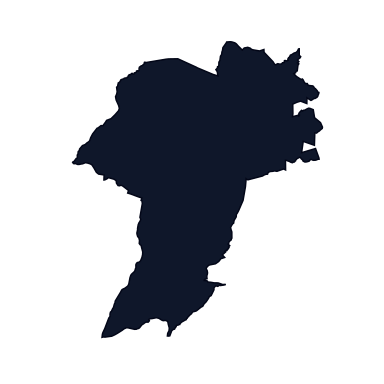 Tianguismanalco, Puebla, Mexico, rotated 277°
{"feature_id": "50627088B16397260024665", "entity_name": "Tianguismanalco", "entity_type": "district", "adm_level": 2, "iso_a3": "MEX", "parent_name": "Mexico", "parent_adm1": "Puebla", "projection": "albers", "projection_center": [-98.47, 19.0], "detail": "fine", "context": "isolated", "style": "filled", "palette": "ink", "viewbox_px": 384, "rotation_deg": 277, "n_neighbors": 0, "source": "geoboundaries", "source_scale": "gbopen_adm2", "svg_char_len": 6024}
<svg xmlns="http://www.w3.org/2000/svg" viewBox="0 0 384 384"><g transform="rotate(277 192 192)"><path d="M314.9,129.0L314.3,128.9L313.8,129.3L312.2,127.8L311.5,127.5L311.0,126.2L309.5,124.6L308.3,124.4L306.9,124.6L305.9,124.4L305.5,123.8L305.7,123.0L305.3,122.2L304.1,122.1L303.4,121.1L303.3,120.3L302.3,120.2L301.9,119.7L302.0,119.4L301.9,118.9L302.5,118.1L302.1,117.3L301.2,117.1L300.9,116.8L300.8,115.4L299.5,114.6L299.3,114.5L299.1,114.8L298.0,114.2L297.8,113.5L297.2,113.3L297.0,112.8L297.1,112.0L296.6,110.8L295.9,110.4L295.4,108.9L294.5,107.6L292.9,107.2L291.6,106.1L291.2,105.5L290.5,105.6L290.1,105.4L287.9,105.3L286.8,104.4L282.4,105.5L280.0,105.3L277.3,104.5L274.1,105.5L268.8,108.7L266.1,109.7L263.7,109.2L259.3,106.2L254.9,102.7L252.7,98.5L250.9,97.7L248.1,96.1L247.1,95.8L246.8,93.6L244.2,91.0L243.7,90.0L237.5,86.3L233.5,84.8L230.4,84.2L229.0,83.1L228.2,82.0L226.1,80.2L224.7,77.6L221.0,75.2L219.4,75.1L218.4,74.2L217.6,74.1L216.9,74.2L215.4,74.1L214.7,73.6L212.3,74.0L211.6,73.7L211.3,73.5L211.2,73.0L207.9,71.1L207.4,70.2L206.9,69.9L205.8,70.9L205.7,71.7L206.1,72.5L205.4,75.2L205.6,76.6L206.2,78.3L206.7,80.1L208.1,82.6L208.0,84.9L207.5,87.6L206.8,89.3L204.1,91.6L199.9,94.7L198.4,97.1L198.2,102.7L193.2,103.1L193.4,104.0L194.7,105.9L195.2,106.5L195.8,106.9L196.0,107.8L195.2,113.0L194.1,115.3L191.5,116.0L189.4,117.8L189.3,119.2L190.0,120.6L189.8,122.0L185.8,128.8L183.1,128.3L182.6,131.2L180.6,139.6L180.0,142.9L177.4,142.5L177.1,143.4L174.5,144.1L160.5,143.4L158.7,144.5L156.7,144.0L154.9,143.1L153.0,142.6L149.3,142.4L147.9,142.6L144.7,142.3L143.6,142.5L141.2,143.5L139.9,144.9L137.5,145.8L134.5,145.9L133.4,146.9L132.7,148.2L131.9,148.3L126.5,150.4L123.8,150.6L121.0,150.3L118.0,149.5L116.8,148.9L116.0,148.2L115.3,146.3L114.4,145.6L113.2,145.2L111.5,145.3L110.6,145.7L109.4,145.3L106.9,144.9L106.0,144.5L102.9,141.9L101.8,141.4L99.4,140.9L93.1,140.5L91.4,140.0L90.5,139.4L88.4,137.2L86.8,134.7L86.0,134.1L84.0,133.4L74.4,129.1L72.6,129.1L71.3,128.6L67.8,128.1L66.4,127.4L63.8,126.6L62.8,125.7L60.9,125.5L58.5,125.8L56.8,124.8L45.9,122.1L41.6,120.7L40.0,120.4L36.8,120.4L37.3,121.6L37.4,123.4L39.1,129.9L40.9,132.8L42.6,135.1L46.2,139.5L47.8,141.1L49.2,143.3L49.4,145.0L48.7,151.8L49.1,153.7L49.4,153.8L50.0,155.5L50.7,156.4L54.0,158.4L55.4,160.1L56.5,161.1L57.3,162.4L57.5,164.4L59.0,165.4L60.1,164.6L61.0,165.5L61.5,167.8L62.9,172.0L62.6,174.5L61.0,178.0L60.8,179.2L61.1,180.3L61.3,181.9L60.5,183.6L59.7,184.0L58.0,184.5L54.3,186.0L51.5,186.1L48.8,185.1L46.1,185.1L46.1,186.1L46.5,187.5L51.9,188.8L53.2,190.0L53.8,191.4L55.3,191.9L56.3,192.6L57.5,192.8L57.9,193.3L58.3,194.6L58.9,195.2L59.0,196.0L60.0,196.3L61.5,197.4L64.1,200.9L64.5,201.7L65.9,202.2L66.1,202.6L67.3,203.0L67.9,203.8L68.9,204.2L71.2,206.4L72.7,207.0L73.1,207.4L74.3,210.4L74.7,211.0L78.8,215.0L79.9,216.6L82.4,217.6L84.7,219.4L88.2,221.2L90.4,222.0L91.5,223.6L97.6,225.7L99.2,225.5L100.0,225.7L101.2,226.6L101.6,226.9L101.7,227.5L101.5,229.1L102.8,230.6L102.6,231.5L103.5,234.9L104.3,236.8L104.3,235.8L103.9,233.8L104.9,229.2L104.8,227.4L104.5,225.4L104.7,221.6L104.6,219.4L104.6,218.7L105.5,218.1L105.7,217.3L105.6,214.9L106.1,214.8L106.9,215.4L107.8,217.5L108.3,217.2L109.2,217.2L110.4,216.9L112.7,217.3L114.1,217.2L115.9,216.6L117.6,215.4L118.8,215.7L121.2,217.4L121.8,218.5L123.6,224.0L126.1,226.8L127.2,227.6L129.2,228.6L131.0,232.4L133.3,229.8L136.4,232.5L136.9,231.8L138.4,233.1L138.0,233.6L140.3,235.0L141.5,235.5L141.9,234.9L143.3,236.0L144.7,234.2L145.5,234.7L146.7,234.7L148.2,235.7L149.3,236.8L150.4,236.8L151.0,237.2L157.2,236.4L159.5,235.3L161.6,234.6L164.1,235.6L165.6,236.4L166.1,237.1L168.8,237.2L172.7,238.9L174.2,238.8L175.5,238.9L176.7,239.6L179.4,240.6L189.9,243.7L203.8,244.4L211.8,244.1L211.3,244.8L210.9,246.0L216.5,260.1L217.6,261.4L218.6,263.2L218.9,264.8L220.3,265.1L221.1,265.7L221.9,267.3L222.4,269.7L223.0,271.3L222.9,273.8L226.0,280.1L225.3,282.2L234.9,280.9L234.9,282.4L234.6,282.8L234.3,284.6L233.5,286.7L233.3,288.1L234.2,289.3L234.3,290.0L235.4,290.6L235.5,290.9L236.0,290.9L237.9,292.2L239.7,294.8L239.5,295.3L238.1,296.6L237.3,297.9L236.1,298.6L235.7,300.1L235.5,300.4L235.9,302.2L236.8,304.4L238.6,305.6L238.9,306.5L238.4,307.7L238.3,309.0L238.7,311.0L239.9,313.2L240.0,314.1L241.1,313.9L250.2,309.3L244.4,296.0L255.8,296.2L253.3,307.8L265.6,306.7L265.7,308.5L267.2,309.8L268.1,311.0L269.3,311.9L270.9,313.5L272.3,313.6L276.5,311.1L280.7,304.6L288.5,302.3L289.4,298.8L289.4,297.5L288.5,296.0L287.0,294.0L286.7,292.8L285.8,291.7L286.4,290.8L286.1,290.5L283.7,288.8L282.2,288.4L281.5,289.3L280.3,288.7L280.9,287.5L279.0,282.6L282.0,282.6L291.5,281.3L293.9,285.3L295.4,288.7L293.8,295.2L299.5,294.6L297.4,298.9L298.5,300.5L299.8,301.6L299.7,302.5L301.2,304.5L302.7,305.3L303.5,305.3L305.0,305.8L306.3,305.8L306.5,304.7L307.7,304.0L309.7,301.8L310.0,300.9L311.6,299.7L312.0,298.9L312.0,294.8L312.6,293.9L313.7,293.2L313.5,291.3L314.6,290.1L317.0,288.5L317.6,287.7L317.3,287.3L317.1,286.5L317.5,285.5L319.3,281.8L320.1,280.7L321.9,278.6L323.0,280.3L324.3,280.5L324.6,280.7L325.0,281.7L328.2,281.7L330.7,281.7L332.2,282.4L333.0,280.9L334.4,282.2L335.9,280.6L337.2,281.7L338.4,283.0L339.6,283.4L340.7,281.8L347.2,281.0L347.0,280.3L344.5,279.4L343.2,278.3L342.3,276.3L340.4,274.1L339.9,273.0L337.2,272.0L337.1,271.5L335.5,270.9L334.4,271.4L333.6,270.0L333.9,268.9L333.7,267.8L333.2,267.6L331.8,267.8L331.4,266.9L331.3,266.0L330.1,265.4L329.6,263.6L329.8,261.5L328.9,260.0L328.5,259.8L328.5,259.5L328.6,258.6L331.2,256.5L339.6,246.3L340.1,246.4L342.2,246.0L340.2,241.8L340.3,240.7L340.5,235.8L340.8,233.7L341.8,232.4L342.4,229.7L341.3,226.3L339.0,224.6L341.6,221.3L341.5,221.2L344.4,218.0L345.3,216.3L345.8,213.3L345.8,211.6L345.1,208.1L344.3,207.9L339.1,205.1L336.1,205.0L334.4,204.6L333.7,204.7L332.0,204.6L330.2,203.7L326.0,203.7L324.2,202.9L320.8,203.2L319.3,202.7L319.4,202.1L317.9,202.0L316.4,200.8L314.5,202.4L310.4,203.6L311.2,198.8L316.0,181.8L316.3,181.3L322.5,161.7L321.2,152.4L320.6,149.9L314.9,130.6L315.1,129.4L314.9,129.0Z" fill="#0f172a" stroke="#020617" stroke-width="1.5"/></g></svg>